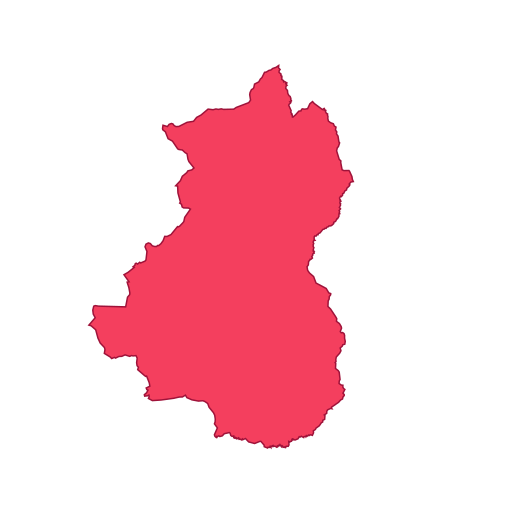 Nueva Granada, Magdalena, Colombia (orthographic projection), rotated 28°
{"feature_id": "7082276B5814206039603", "entity_name": "Nueva Granada", "entity_type": "district", "adm_level": 2, "iso_a3": "COL", "parent_name": "Colombia", "parent_adm1": "Magdalena", "projection": "orthographic", "projection_center": [-74.297, 9.76], "detail": "fine", "context": "isolated", "style": "filled", "palette": "rose", "viewbox_px": 512, "rotation_deg": 28, "n_neighbors": 0, "source": "geoboundaries", "source_scale": "gbopen_adm2", "svg_char_len": 6120}
<svg xmlns="http://www.w3.org/2000/svg" viewBox="0 0 512 512"><g transform="rotate(28 256 256)"><path d="M307.0,144.6L305.2,143.2L303.4,140.8L298.7,137.2L297.9,136.9L293.6,139.3L291.6,139.5L287.0,133.8L286.3,132.2L284.1,131.6L277.8,125.3L277.0,122.4L277.4,120.7L276.7,116.8L275.6,116.3L272.1,111.6L269.7,110.4L269.1,108.5L267.0,107.4L266.1,104.6L264.2,104.5L262.2,102.9L259.2,103.3L256.6,102.9L254.8,100.8L254.0,99.0L252.8,97.9L252.6,97.0L250.8,96.8L249.5,95.8L249.3,94.7L248.0,95.0L248.2,94.5L246.9,93.7L245.9,95.5L235.9,94.0L233.4,93.1L232.1,96.3L232.4,101.7L230.1,103.5L227.9,104.3L227.4,105.1L227.6,106.7L225.8,108.0L224.6,112.9L223.4,116.0L222.9,116.2L221.8,114.5L221.0,114.4L221.1,113.7L219.2,112.8L218.8,111.2L214.1,107.5L214.0,106.5L214.7,104.6L214.6,104.0L213.6,103.9L214.5,102.5L214.2,102.0L213.3,101.8L212.8,100.5L211.2,99.1L209.8,98.9L207.7,97.5L206.0,95.0L203.6,94.1L202.8,92.1L203.2,90.9L202.7,91.0L201.9,90.2L202.3,89.8L201.9,88.7L201.2,89.3L201.0,88.6L199.2,88.5L198.6,89.2L197.8,88.2L195.7,88.0L195.3,86.5L194.5,86.0L194.5,85.1L193.2,84.9L192.7,83.6L190.2,83.1L189.5,81.7L189.7,80.0L187.7,79.3L186.7,78.4L187.0,77.9L186.6,77.1L185.2,79.9L182.7,82.6L181.7,85.0L180.4,85.9L178.7,88.8L177.3,89.8L177.5,95.7L176.8,97.6L176.7,101.0L174.0,104.9L175.0,108.3L174.9,109.6L173.9,111.2L174.0,114.4L174.7,116.5L178.0,120.9L177.6,124.0L168.8,134.1L167.4,136.8L158.5,141.8L156.2,142.4L154.0,144.2L151.6,145.0L149.4,147.0L144.7,148.8L141.3,157.3L138.5,161.5L137.6,166.4L132.4,170.3L127.1,177.8L124.6,179.3L122.5,179.3L120.6,178.4L119.1,178.7L117.5,180.5L117.0,183.3L112.5,184.2L113.6,187.3L114.4,188.3L117.7,188.9L123.3,193.7L128.3,193.8L136.6,198.2L137.8,198.2L141.2,197.0L144.8,198.0L147.2,198.2L150.5,202.5L152.5,204.2L159.9,207.4L158.9,210.1L155.9,212.8L155.7,215.0L153.5,220.2L153.9,225.0L152.1,231.7L154.0,231.1L157.5,237.0L163.9,243.8L163.8,245.1L165.9,245.3L167.8,247.4L169.5,247.5L174.0,245.3L176.1,245.4L174.9,255.3L176.1,259.5L175.8,261.1L174.5,265.7L173.5,266.9L172.9,266.9L170.9,277.0L168.3,280.5L166.2,281.5L166.8,286.1L166.3,289.7L165.2,292.5L164.3,292.8L163.6,294.4L161.7,295.3L159.6,295.7L156.9,294.6L154.8,295.0L153.3,297.2L153.7,300.0L157.6,303.2L160.7,311.1L160.4,312.6L157.4,316.3L156.3,316.1L155.2,318.7L153.5,318.6L153.0,319.6L153.4,321.1L152.5,323.2L153.8,323.3L150.7,330.5L148.2,334.5L156.0,338.4L154.5,339.6L158.6,343.6L162.0,347.9L162.6,349.4L161.9,352.7L164.8,362.1L140.5,374.2L137.3,375.3L136.3,376.5L137.3,380.4L139.6,383.7L143.0,386.0L140.9,395.5L143.2,395.0L149.1,396.4L155.0,402.7L159.3,406.0L165.2,408.0L166.6,409.6L167.8,413.2L174.6,413.6L176.7,414.3L178.6,412.0L179.9,412.1L182.1,409.1L184.6,407.6L186.8,404.8L191.6,403.9L192.7,402.4L194.4,401.9L196.8,400.3L199.0,401.9L200.7,406.3L202.5,408.7L204.4,409.4L204.9,411.9L213.7,413.9L215.1,414.1L215.8,413.4L221.3,418.1L223.4,420.8L221.0,424.1L222.3,425.2L223.6,425.1L223.6,428.1L222.5,430.9L223.5,432.0L226.2,430.1L226.7,429.1L227.8,430.4L227.9,432.3L232.4,432.3L239.8,427.7L250.1,420.3L254.4,416.6L257.2,415.0L259.0,412.0L261.5,413.5L266.9,413.1L273.3,411.1L277.1,408.7L279.3,408.5L282.6,408.9L285.6,411.6L292.0,414.3L294.3,416.0L296.6,419.1L297.8,421.7L298.1,423.7L302.6,425.9L303.2,433.4L304.4,434.5L306.1,434.9L307.2,434.7L306.3,434.5L306.1,433.7L306.6,433.7L307.6,432.2L308.8,432.4L310.7,430.6L311.4,427.8L315.4,424.4L316.3,424.6L318.0,426.3L319.5,426.5L320.8,425.4L321.6,426.9L322.1,426.8L322.5,425.9L323.0,425.9L323.1,426.5L323.8,425.9L324.1,426.5L324.9,426.5L325.8,424.9L326.3,425.5L326.7,425.0L327.3,425.7L328.0,425.1L329.5,425.2L329.8,424.0L330.5,424.5L332.4,422.1L336.8,423.6L342.8,422.2L346.5,417.8L347.4,417.4L352.0,419.2L352.8,420.5L356.4,420.1L356.4,419.2L357.9,418.6L357.8,417.8L359.0,418.1L358.3,417.1L359.7,416.7L359.4,415.9L360.1,415.2L360.9,415.9L361.9,415.0L364.2,415.1L364.9,413.9L364.1,413.6L365.1,412.2L365.9,412.3L365.8,411.3L367.6,412.2L367.9,411.2L368.5,411.3L368.6,412.2L369.1,411.7L369.8,412.2L371.0,411.1L371.4,411.5L372.1,411.3L372.0,409.8L373.8,408.9L373.8,407.3L372.0,404.4L373.1,404.4L373.0,404.0L374.3,402.9L374.2,401.7L374.7,401.3L373.8,400.9L374.2,400.2L376.8,400.2L378.9,397.7L379.0,395.2L379.9,395.2L380.6,393.9L383.3,393.9L383.1,393.1L384.4,391.9L384.9,392.2L384.8,391.0L385.7,391.2L386.4,389.6L387.0,389.7L387.0,389.1L387.6,389.0L388.3,388.1L390.0,387.9L389.8,385.1L388.7,383.4L389.9,381.3L389.8,379.8L391.6,376.2L392.0,372.5L392.8,371.3L392.1,369.7L393.3,368.0L391.8,364.5L390.9,364.3L392.3,361.7L391.4,359.9L391.4,358.3L393.4,355.6L394.7,355.2L394.0,354.8L393.7,353.9L397.6,346.4L398.3,343.4L399.5,341.7L399.0,339.6L399.4,337.8L398.9,336.9L397.2,336.3L397.1,332.1L395.7,331.9L394.3,331.1L393.4,329.3L392.0,329.9L389.2,329.6L388.2,327.3L388.2,325.6L384.0,319.5L382.4,318.6L379.0,318.0L376.9,313.5L375.9,313.0L376.2,311.7L375.0,309.8L374.3,307.5L375.5,302.6L375.5,299.8L373.5,297.7L374.5,295.1L374.3,293.6L375.8,292.2L374.9,289.5L372.8,287.0L371.5,284.5L370.2,283.2L368.4,282.9L367.3,283.8L365.9,283.2L365.4,279.5L364.2,278.2L361.4,276.5L357.7,275.9L356.7,273.4L354.8,272.2L346.7,267.8L343.2,266.8L340.8,261.7L340.8,259.7L339.8,257.5L340.1,255.2L339.6,254.1L337.6,254.4L333.2,251.7L321.7,251.7L316.5,247.1L311.2,245.9L308.3,244.4L306.1,241.5L306.4,239.3L305.0,236.1L305.5,234.4L305.2,233.7L306.2,232.9L306.8,231.3L305.5,230.3L305.8,228.9L305.1,227.7L306.0,226.2L305.4,225.8L305.5,224.9L304.3,224.8L304.3,224.1L303.7,223.9L303.1,221.3L302.2,221.0L301.1,219.0L301.2,218.0L299.9,216.9L299.7,215.3L300.7,214.5L299.5,214.0L298.4,211.8L298.5,210.7L299.7,210.2L299.9,208.5L300.8,208.1L300.5,206.9L301.7,205.5L302.5,201.2L303.7,200.1L303.7,199.3L304.9,198.7L305.1,197.2L306.3,196.0L306.3,195.1L307.9,194.3L308.6,193.2L309.4,190.9L308.8,189.8L310.0,188.1L310.0,185.0L310.5,184.8L310.6,182.1L309.5,179.9L310.1,179.3L309.2,178.7L309.0,177.5L308.0,176.8L308.5,174.7L306.8,174.0L306.8,171.5L306.1,170.7L306.2,170.2L305.3,170.0L304.7,169.0L305.3,167.9L304.2,166.9L303.8,167.2L302.5,165.5L302.7,163.5L303.5,163.5L303.9,161.7L303.2,160.3L304.0,159.4L303.9,156.8L304.9,155.2L304.4,153.6L305.4,150.6L305.5,149.1L304.5,148.7L305.1,146.1L307.0,144.6Z" fill="#f43f5e" stroke="#9f1239" stroke-width="1.5"/></g></svg>